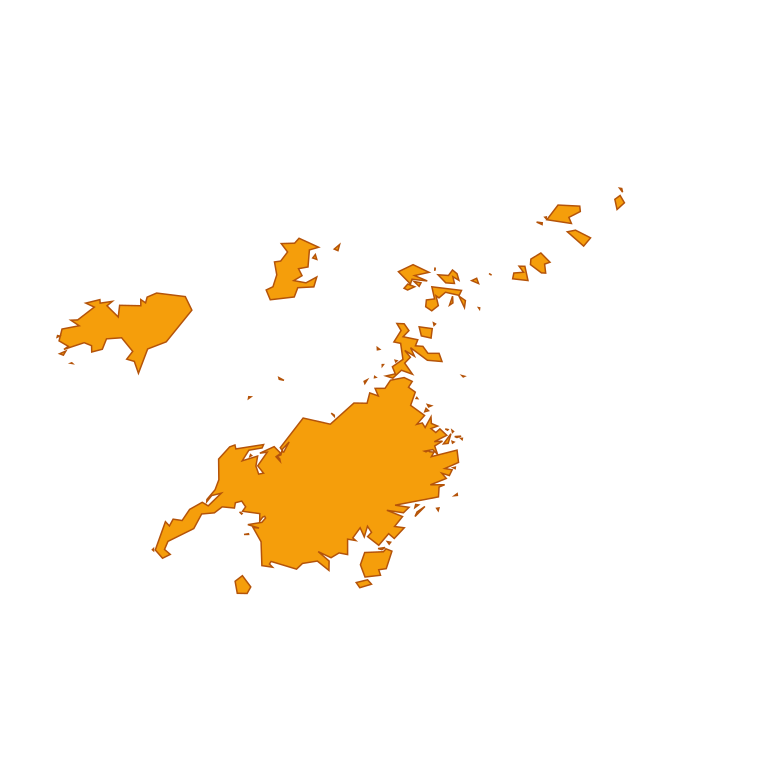 outline of Balboa, Panama, rotated 69°
{"feature_id": "35544464B8680648562753", "entity_name": "Balboa", "entity_type": "district", "adm_level": 2, "iso_a3": "PAN", "parent_name": "Panama", "parent_adm1": "", "projection": "natural_earth1", "projection_center": [-78.983, 8.439], "detail": "fine", "context": "isolated", "style": "filled", "palette": "amber", "viewbox_px": 768, "rotation_deg": 69, "n_neighbors": 0, "source": "geoboundaries", "source_scale": "gbopen_adm2", "svg_char_len": 6224}
<svg xmlns="http://www.w3.org/2000/svg" viewBox="0 0 768 768"><g transform="rotate(69 384 384)"><path d="M391.5,545.6L387.5,545.0L387.4,550.6L394.8,565.3L414.2,572.5L422.2,579.6L428.3,590.7L430.4,591.7L426.4,584.8L427.6,575.0L434.8,591.8L429.3,596.1L431.4,610.4L439.1,621.4L434.6,629.3L439.6,635.2L434.2,637.4L457.0,657.0L467.3,653.2L466.5,644.6L459.8,648.2L453.5,642.1L450.8,613.4L440.0,600.8L443.5,588.5L440.7,579.1L446.2,568.1L441.6,565.3L442.3,558.8L449.1,557.2L452.1,561.7L460.5,546.4L467.5,549.2L464.8,544.9L464.8,542.8L466.7,542.6L469.4,547.6L466.5,561.5L473.7,552.3L471.1,557.7L487.2,555.3L509.8,563.1L515.1,553.7L511.0,555.5L509.2,553.0L525.5,532.0L522.3,524.4L525.4,509.7L538.3,502.2L529.6,498.7L516.9,505.5L527.2,495.7L525.6,486.5L530.2,479.1L515.8,473.6L520.0,466.5L516.5,468.3L509.7,457.8L519.6,457.2L510.9,450.4L518.0,448.8L520.6,454.0L532.7,446.7L525.4,433.3L531.9,429.8L525.5,416.6L520.8,425.2L514.4,414.2L502.9,426.6L511.2,412.0L508.1,404.8L501.1,417.1L508.9,373.6L499.9,369.5L499.8,363.5L494.7,376.9L494.5,359.7L488.0,362.0L492.9,355.8L488.5,351.1L484.7,357.5L483.9,342.5L471.9,339.5L468.8,365.8L465.5,361.7L463.7,365.5L462.1,366.8L462.4,369.1L461.2,370.3L462.7,362.0L468.9,359.2L460.0,358.9L458.3,349.9L455.9,357.7L454.4,343.8L445.9,347.9L447.9,353.0L442.4,356.2L442.5,349.0L437.8,353.9L431.5,351.9L439.4,361.2L434.1,362.2L433.4,367.9L427.9,357.4L413.5,366.8L402.8,357.7L395.8,362.3L391.7,356.7L385.2,362.9L382.8,376.6L388.4,384.6L384.9,393.9L393.1,393.6L387.2,400.5L395.9,406.7L391.0,418.9L402.3,448.5L386.8,471.7L406.3,503.7L409.9,502.8L408.3,501.9L404.1,493.3L411.6,502.0L410.4,503.8L413.3,505.7L413.2,509.8L416.4,508.2L419.1,508.6L413.2,510.9L411.7,505.3L403.1,509.0L404.1,524.7L405.8,517.4L415.1,531.2L424.1,528.4L423.2,533.3L414.7,533.0L406.0,527.8L404.9,543.9L397.4,533.9L400.0,520.7L397.4,518.1L391.5,545.6ZM246.2,536.9L231.2,538.2L217.6,563.7L218.0,574.0L222.8,577.5L218.0,580.8L223.8,583.0L215.8,602.6L226.2,608.1L211.7,614.6L209.5,608.0L206.8,620.0L203.4,619.0L201.6,633.4L208.4,626.9L214.4,647.0L212.2,653.5L220.4,647.7L217.3,664.9L227.3,671.9L235.7,665.2L237.0,670.4L238.0,649.1L243.4,643.3L249.4,645.4L250.6,634.5L242.4,626.9L246.8,612.4L263.5,606.9L268.6,615.3L273.4,609.0L286.0,609.4L266.6,592.1L266.6,572.2L246.2,536.9ZM232.9,396.0L217.5,411.1L220.5,417.0L216.1,429.6L226.2,426.7L232.2,436.4L230.8,442.5L243.7,445.0L253.4,452.8L254.0,460.3L264.6,460.0L270.6,436.6L263.2,430.0L268.2,414.7L260.0,408.4L261.6,420.6L255.1,431.2L253.5,421.7L245.7,422.5L247.5,413.0L232.1,405.6L232.9,396.0ZM383.8,321.8L375.1,321.6L371.1,332.0L362.8,334.2L359.6,341.0L354.8,336.6L346.7,349.2L343.1,341.6L335.0,343.6L332.1,350.3L340.2,348.9L348.3,359.7L352.0,353.9L367.8,357.5L370.9,370.0L378.6,369.8L377.2,379.3L381.7,373.7L377.4,362.8L385.1,353.9L371.9,357.2L368.5,349.8L360.1,352.6L369.0,345.6L359.6,346.2L377.4,335.0L383.8,321.8ZM557.2,448.1L542.9,436.5L538.6,441.2L540.4,444.7L534.4,462.4L544.3,470.8L557.4,470.9L561.3,455.8L555.5,455.5L557.2,448.1ZM288.1,137.5L279.3,157.4L289.0,173.1L301.3,151.5L294.7,151.7L293.3,138.9L288.1,137.5ZM295.9,301.9L283.0,314.1L284.3,330.3L300.1,323.5L296.2,320.3L303.3,306.7L293.7,316.6L295.9,301.9ZM320.4,293.7L328.2,282.1L324.4,278.1L310.4,304.5L322.7,306.3L320.7,314.3L326.8,317.4L332.8,313.2L330.3,305.2L320.3,303.8L323.3,301.8L320.4,293.7ZM329.8,185.4L317.9,190.6L320.0,202.1L325.0,204.5L336.7,197.2L338.4,193.3L329.6,191.1L329.8,185.4ZM525.7,581.1L512.2,584.9L514.8,593.7L526.8,596.0L530.5,586.9L525.7,581.1ZM314.0,276.9L307.2,276.3L302.1,279.2L305.8,284.9L301.4,294.4L311.7,290.1L315.4,282.2L308.5,281.3L314.0,276.9ZM321.6,138.8L309.0,150.1L307.6,158.3L326.8,148.2L321.6,138.8ZM358.0,323.6L349.6,319.1L343.2,330.7L352.5,331.9L358.0,323.6ZM339.0,212.5L324.6,210.3L322.4,215.7L329.7,213.7L326.9,223.0L331.9,226.2L339.0,212.5ZM301.0,94.6L292.6,96.0L294.3,102.3L304.6,103.9L301.0,94.6ZM566.4,467.4L560.9,469.5L559.4,481.1L565.5,479.6L566.4,467.4ZM341.5,281.5L335.3,278.1L328.9,282.5L341.5,281.5ZM243.0,379.2L237.9,375.5L240.2,382.1L243.0,379.2ZM462.4,345.4L454.4,339.3L461.2,350.0L462.4,345.4ZM301.8,331.0L304.7,328.3L304.2,320.5L299.2,326.0L301.8,331.0ZM324.1,259.7L318.5,259.6L318.9,265.1L324.1,259.7ZM287.5,183.5L291.8,179.3L290.2,178.5L287.5,183.5ZM518.8,402.5L513.0,389.7L515.3,399.0L518.8,402.5ZM333.0,290.6L326.6,288.5L333.9,294.6L333.0,290.6ZM305.4,316.2L302.8,313.2L299.1,319.2L305.4,316.2ZM242.2,673.0L239.2,669.2L239.5,676.0L242.2,673.0ZM458.4,336.8L460.1,335.1L460.3,330.7L458.4,336.8ZM243.6,402.1L238.5,401.7L240.8,405.4L243.6,402.1ZM376.7,401.7L374.0,398.1L374.4,401.6L376.7,401.7ZM342.1,480.1L344.7,476.1L340.3,479.9L342.1,480.1ZM538.0,445.3L537.0,441.6L535.5,448.5L538.0,445.3ZM396.4,442.0L395.3,441.6L392.3,443.7L396.4,442.0ZM513.5,358.3L514.3,355.4L512.6,355.0L513.5,358.3ZM349.1,515.8L348.3,512.8L347.4,514.8L349.1,515.8ZM424.5,355.9L424.9,352.0L421.8,353.5L424.5,355.9ZM532.3,437.4L535.4,436.6L534.1,434.5L532.3,437.4ZM418.7,350.9L421.4,350.6L421.3,347.5L418.7,350.9ZM507.8,397.6L510.5,399.5L509.3,395.0L507.8,397.6ZM290.4,92.5L286.7,92.0L285.6,93.9L290.4,92.5ZM518.9,379.4L521.7,378.8L519.4,377.1L518.9,379.4ZM347.2,316.3L346.4,314.4L344.6,315.9L347.2,316.3ZM474.3,568.6L475.9,564.3L475.2,564.2L474.3,568.6ZM451.5,337.1L453.7,337.4L453.2,336.1L451.5,337.1ZM350.1,375.6L347.5,377.2L349.7,377.9L350.1,375.6ZM461.9,341.0L463.7,341.2L463.3,339.4L461.9,341.0ZM454.0,562.8L451.7,564.7L454.4,563.5L454.0,562.8ZM486.9,349.5L488.5,347.9L487.2,347.2L486.9,349.5ZM223.2,672.4L223.0,669.6L221.8,671.4L223.2,672.4ZM296.5,296.1L294.9,294.9L293.5,294.7L296.5,296.1ZM462.3,331.8L463.9,331.0L462.8,330.3L462.3,331.8ZM365.3,378.7L366.7,379.2L365.7,377.6L365.3,378.7ZM404.1,308.2L405.8,307.5L405.7,306.0L404.1,308.2ZM318.5,246.3L319.7,245.6L320.9,244.5L318.5,246.3ZM403.6,535.2L403.4,533.2L402.1,533.9L403.6,535.2ZM447.9,342.9L449.9,341.2L449.5,340.5L447.9,342.9ZM252.3,669.1L253.3,667.4L252.3,667.9L252.3,669.1ZM365.9,365.1L367.6,365.1L367.0,363.5L365.9,365.1ZM408.3,358.2L409.0,359.2L409.7,357.8L408.3,358.2ZM374.9,389.1L373.6,390.0L374.7,390.6L374.9,389.1ZM455.7,659.6L457.0,658.9L455.1,658.2L455.7,659.6ZM346.6,268.4L348.3,268.0L347.2,267.4L346.6,268.4ZM287.7,173.4L286.2,172.6L285.9,174.1L287.7,173.4Z" fill="#f59e0b" stroke="#b45309" stroke-width="1.5"/></g></svg>